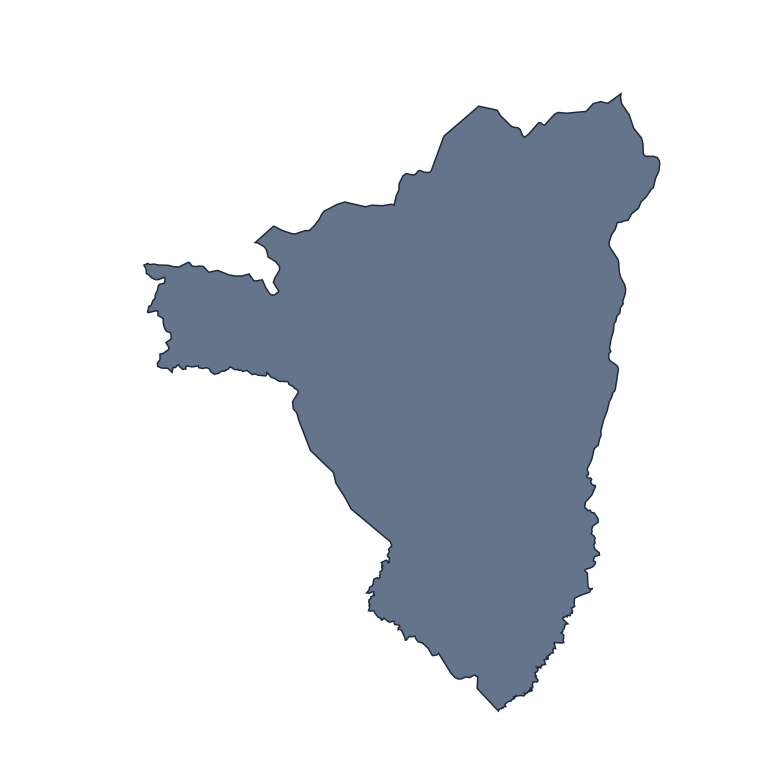 Ile, Zambezia, Mozambique (Albers equal-area conic projection), rotated 186°
{"feature_id": "85939544B3686787806290", "entity_name": "Ile", "entity_type": "district", "adm_level": 2, "iso_a3": "MOZ", "parent_name": "Mozambique", "parent_adm1": "Zambezia", "projection": "albers", "projection_center": [37.321, -15.981], "detail": "fine", "context": "isolated", "style": "filled", "palette": "slate", "viewbox_px": 768, "rotation_deg": 186, "n_neighbors": 0, "source": "geoboundaries", "source_scale": "gbopen_adm2", "svg_char_len": 6132}
<svg xmlns="http://www.w3.org/2000/svg" viewBox="0 0 768 768"><g transform="rotate(186 384 384)"><path d="M236.0,70.6L235.3,72.8L233.1,73.5L232.6,74.4L231.9,74.0L230.8,75.7L229.2,75.9L230.4,78.0L227.5,81.0L224.3,82.1L224.0,83.3L222.0,84.5L222.7,84.6L221.6,85.8L222.2,86.6L220.5,86.7L220.2,87.8L219.6,87.4L215.0,88.6L212.5,88.3L211.0,90.3L211.9,91.2L209.7,91.3L207.4,94.7L207.1,93.3L206.0,94.0L206.2,95.2L205.2,94.2L204.6,94.6L205.0,95.9L206.3,97.0L204.3,97.6L204.4,99.1L205.1,99.9L204.4,103.6L201.0,103.5L199.9,104.6L200.0,105.7L202.1,107.7L201.8,109.3L203.2,109.4L202.7,110.1L203.6,112.6L201.6,114.0L200.9,115.3L201.7,117.5L202.9,118.4L201.6,118.7L200.5,118.0L200.0,118.9L198.5,117.9L198.4,119.1L197.8,119.3L198.1,120.8L194.0,122.0L195.9,126.3L193.9,127.0L193.7,128.7L193.0,127.4L192.1,127.5L192.4,131.4L191.0,131.7L189.5,133.9L187.5,134.3L188.2,135.7L187.9,138.8L185.7,138.7L187.8,144.6L179.9,145.0L178.1,145.7L179.2,148.3L178.7,149.8L179.2,153.3L182.0,155.1L180.3,156.2L180.5,157.9L179.2,159.6L178.8,163.9L176.1,164.7L181.9,169.2L181.0,171.1L180.3,170.7L178.6,172.3L177.5,171.7L177.5,173.1L174.0,173.0L174.7,173.3L174.1,176.0L172.9,175.8L173.2,176.6L172.6,177.5L174.2,180.5L171.1,182.6L172.1,186.2L172.0,190.9L166.2,194.5L157.8,198.4L157.0,200.8L155.4,201.9L155.7,202.5L156.6,201.8L158.7,202.2L160.0,204.2L162.0,217.1L165.0,219.5L164.2,220.7L158.3,223.3L155.7,225.8L154.9,228.6L155.6,229.5L157.3,229.9L157.2,232.1L156.1,234.6L151.8,236.4L152.3,238.7L156.3,241.3L158.2,244.0L158.4,246.6L157.5,248.0L158.3,250.4L158.0,253.0L159.7,255.2L162.3,256.5L161.6,258.6L162.2,260.9L161.5,264.6L156.6,268.8L157.1,272.5L161.7,277.9L164.4,277.9L165.8,280.1L168.3,279.3L169.3,281.0L171.4,282.0L171.4,287.3L165.7,295.3L162.9,304.3L163.5,305.2L166.1,305.3L168.0,307.7L168.2,308.9L167.5,310.8L168.5,312.0L171.1,311.8L172.8,313.4L173.0,314.2L171.4,315.0L171.2,316.5L173.1,320.4L169.5,330.6L168.2,341.6L164.5,345.6L164.0,351.4L162.8,355.1L163.4,359.9L161.8,371.2L159.2,380.8L158.1,389.9L156.5,393.6L155.3,399.7L154.0,400.8L153.4,403.3L152.4,423.2L153.3,425.6L155.0,427.1L161.9,431.0L163.3,433.7L163.5,437.6L161.8,440.0L163.5,443.1L162.9,452.1L161.4,460.5L161.5,468.2L160.0,470.6L159.5,475.8L156.9,479.3L156.9,484.5L154.5,488.8L155.2,491.3L153.5,499.0L153.5,503.3L154.9,507.7L159.6,514.6L161.6,519.7L163.3,529.4L164.5,532.6L172.6,542.3L174.6,545.5L175.0,548.3L173.4,555.9L170.2,562.0L168.8,569.0L164.6,569.8L162.9,571.2L158.4,572.3L155.5,579.2L149.3,585.4L147.3,592.1L143.0,597.2L138.5,605.7L136.6,607.4L135.5,616.6L132.9,624.5L132.8,631.8L133.6,634.8L135.9,637.8L139.5,638.6L147.7,637.8L149.4,638.9L150.2,640.7L151.6,649.9L153.5,655.4L162.5,664.6L168.3,677.4L177.0,687.6L178.7,693.9L178.7,697.4L190.2,687.0L192.5,686.6L197.9,687.5L205.2,684.7L211.5,676.2L230.8,672.4L238.6,672.3L240.3,671.7L242.7,670.0L251.4,658.1L252.9,658.3L255.1,660.1L257.5,660.0L266.2,647.7L270.0,644.1L272.1,645.7L275.5,651.6L277.5,652.8L282.7,653.0L284.6,653.8L296.3,663.2L300.0,668.1L318.8,670.2L350.3,636.8L359.4,600.7L360.8,599.3L363.2,598.9L366.5,598.9L370.5,600.2L372.3,599.4L375.0,595.4L377.6,594.9L383.8,595.6L386.9,593.0L390.0,584.5L389.4,578.7L391.4,572.9L392.7,563.0L395.7,563.5L404.3,561.1L414.6,560.6L420.7,558.3L442.0,560.9L449.4,557.7L461.6,549.6L463.6,546.6L465.4,541.5L469.9,534.1L474.2,528.9L478.6,528.2L488.0,524.0L491.1,523.8L501.4,526.1L510.2,529.5L526.9,511.2L524.0,511.0L517.3,507.8L514.9,505.1L512.5,498.1L504.6,494.4L500.2,489.9L499.8,486.3L503.8,477.6L504.7,473.5L498.2,465.1L502.3,461.0L505.5,460.9L507.3,462.0L511.9,467.8L515.9,474.9L522.8,472.9L524.8,473.6L528.3,477.8L529.6,478.5L529.6,479.3L536.4,476.7L541.9,475.9L549.2,476.2L561.3,479.6L569.9,476.8L575.9,482.0L579.6,482.1L583.9,481.0L587.6,481.5L589.7,484.1L591.3,484.6L600.5,478.8L606.3,478.7L610.9,479.5L620.1,478.8L625.5,479.2L629.5,478.3L631.6,479.2L635.2,477.1L632.7,473.6L631.8,468.9L629.3,468.0L626.5,465.4L622.1,463.8L619.2,464.3L613.7,467.1L612.6,465.7L613.0,461.3L617.7,459.7L618.7,458.1L619.1,453.9L620.8,448.4L620.6,445.0L622.5,443.0L623.8,437.9L625.9,436.7L626.7,430.9L625.7,430.3L618.9,432.9L616.4,432.7L616.0,428.6L610.3,425.9L610.2,422.4L607.9,416.2L605.7,413.6L602.5,412.9L601.5,412.0L600.7,409.7L600.4,406.5L605.2,402.5L601.9,398.0L601.7,396.0L606.6,391.5L610.0,390.4L609.3,385.5L609.8,383.6L611.6,381.2L611.0,378.0L607.2,376.6L600.5,377.0L596.0,373.4L595.5,378.2L592.9,378.6L592.6,379.8L590.3,381.6L589.0,379.8L585.8,377.5L582.6,378.2L583.1,379.7L581.9,381.4L576.7,380.9L570.5,382.5L569.8,380.8L566.1,380.5L562.1,381.7L559.4,380.8L557.7,378.2L553.7,375.9L550.0,377.2L546.6,379.9L544.2,380.0L540.5,382.6L539.0,384.6L538.0,384.7L533.8,382.6L531.4,383.2L529.5,382.4L527.7,383.1L525.8,381.6L521.9,383.2L516.0,379.6L512.8,380.6L510.3,379.6L502.5,379.7L501.6,380.9L502.1,383.2L501.5,383.4L496.9,378.8L494.0,378.3L488.4,375.7L480.9,376.3L479.3,375.8L478.6,373.8L474.0,371.9L472.2,370.0L470.2,369.6L468.5,367.8L468.4,366.6L473.1,356.8L471.6,349.8L468.4,346.9L466.7,344.0L465.4,340.0L450.2,310.2L425.1,290.7L421.4,280.3L410.5,266.5L403.7,256.3L361.4,227.9L359.6,224.6L359.5,223.7L362.2,220.1L361.0,217.5L362.8,214.2L362.5,212.8L360.2,211.8L360.6,209.9L360.0,207.3L361.1,206.6L361.7,208.1L363.6,209.0L368.0,206.1L367.2,205.6L367.3,203.8L366.3,203.1L367.1,202.9L367.0,200.8L366.1,200.3L367.0,198.0L368.4,196.7L367.8,194.3L368.4,193.1L367.7,191.5L368.3,190.4L370.6,190.6L373.4,189.0L374.0,187.1L373.8,184.2L374.5,182.2L377.1,180.2L377.2,177.8L379.5,174.4L376.6,174.4L373.7,176.2L372.6,176.1L372.5,173.7L371.3,173.1L374.8,171.1L374.6,169.7L376.4,167.6L376.1,164.6L374.9,163.0L375.7,162.2L374.9,160.0L375.7,156.9L373.6,156.7L370.5,157.5L369.1,155.2L365.6,151.7L362.5,150.3L362.1,149.0L361.0,149.0L359.7,151.1L353.9,147.6L350.2,149.1L349.2,148.7L348.3,145.9L343.9,145.8L342.9,144.3L344.2,143.3L344.3,141.1L342.9,141.6L340.7,140.8L336.6,133.6L336.1,131.5L335.2,131.5L332.1,136.1L330.7,135.2L326.9,136.5L325.8,134.1L323.0,131.1L318.6,130.4L312.6,125.9L307.8,119.3L306.8,118.9L302.8,120.3L301.5,121.8L287.1,103.3L282.6,99.4L279.4,98.4L276.7,98.7L271.5,101.3L268.4,100.9L263.1,104.3L262.1,103.1L260.2,102.6L259.5,91.0L236.0,70.6Z" fill="#64748b" stroke="#1e293b" stroke-width="1.5"/></g></svg>